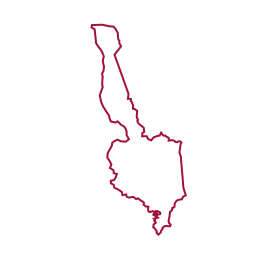 outline of Agios Theodoros Tillrias, Nicosia, Cyprus, rotated 146°
{"feature_id": "46923920B30887699565721", "entity_name": "Agios Theodoros Tillrias", "entity_type": "district", "adm_level": 2, "iso_a3": "CYP", "parent_name": "Cyprus", "parent_adm1": "Nicosia", "projection": "albers", "projection_center": [32.636, 35.157], "detail": "fine", "context": "isolated", "style": "outline", "palette": "rose", "viewbox_px": 256, "rotation_deg": 146, "n_neighbors": 0, "source": "geoboundaries", "source_scale": "gbopen_adm2", "svg_char_len": 2244}
<svg xmlns="http://www.w3.org/2000/svg" viewBox="0 0 256 256"><g transform="rotate(146 128 128)"><path d="M162.3,22.5L161.8,22.8L159.4,23.0L158.2,24.2L155.4,25.2L155.0,26.0L152.3,26.1L150.1,24.6L148.1,23.0L146.6,24.1L147.1,26.2L146.4,28.3L142.9,31.6L140.1,35.0L137.6,35.2L135.9,37.0L133.9,36.4L131.3,39.4L128.2,40.6L124.9,39.7L123.2,38.7L121.1,40.1L117.7,40.0L115.5,47.5L110.0,57.2L102.3,71.1L100.2,74.7L99.0,79.0L93.4,85.2L91.8,86.1L92.3,87.8L93.5,88.7L95.1,88.7L96.6,90.0L96.6,91.1L97.3,92.3L98.2,93.2L100.3,94.3L101.4,94.8L99.7,96.9L101.0,99.3L101.3,100.9L102.8,101.7L103.3,104.8L102.5,106.2L106.0,103.9L107.5,104.8L111.9,105.9L115.7,104.8L117.4,107.4L117.1,110.8L120.9,113.2L118.9,115.8L116.8,115.7L114.8,119.5L116.4,124.7L116.8,127.1L116.3,128.7L115.1,129.1L115.0,130.8L114.3,132.8L110.8,137.1L112.0,140.3L113.2,141.2L111.1,143.9L110.4,147.2L110.6,148.9L109.3,150.2L110.2,151.3L111.8,152.3L108.5,155.9L98.2,196.3L88.1,199.6L87.7,203.4L86.5,205.0L86.3,207.4L83.3,212.6L82.9,216.9L83.3,220.2L86.6,222.8L91.7,228.1L100.4,233.5L102.0,231.8L100.5,228.4L104.2,221.4L107.1,216.0L107.1,211.9L106.8,208.0L107.1,204.9L108.0,201.0L111.7,197.3L113.6,192.2L116.7,188.8L119.1,187.6L120.4,184.5L122.3,182.3L125.0,178.6L126.2,175.9L128.8,174.2L133.2,170.8L135.8,164.3L136.6,159.7L136.8,153.8L136.8,148.7L138.0,146.1L138.5,142.9L135.3,139.5L132.9,139.3L132.0,134.7L130.3,130.8L130.5,128.1L131.2,125.7L133.2,122.8L133.4,118.2L137.5,117.9L141.2,120.8L143.3,124.2L146.5,124.7L149.4,124.5L151.1,122.5L154.7,120.6L158.8,118.6L161.7,115.0L161.7,110.6L162.2,107.0L165.3,105.0L163.6,101.2L165.1,98.5L162.9,96.1L165.8,93.9L168.9,92.7L171.8,93.9L173.1,91.7L171.6,88.8L172.8,86.3L170.4,82.2L168.9,78.3L170.1,75.4L166.7,74.0L167.5,71.8L166.2,69.8L163.6,68.7L162.1,67.9L161.0,64.5L159.1,64.2L158.0,60.8L157.0,58.8L156.6,57.1L158.0,55.7L157.0,52.9L155.1,51.3L156.5,49.8L157.6,47.8L157.2,46.2L153.8,45.2L152.9,42.7L153.3,41.1L153.3,40.5L151.8,41.0L151.2,43.5L150.5,43.1L148.7,40.4L148.9,39.1L149.5,38.6L152.1,39.8L152.9,39.0L154.3,42.5L155.5,42.0L154.3,39.1L153.6,38.1L153.3,36.9L157.2,38.3L157.0,37.0L157.3,36.2L158.1,36.3L157.9,33.9L160.7,33.7L162.6,31.4L162.0,30.6L162.0,27.3L161.9,26.3L163.0,24.9L162.3,22.5Z" fill="none" stroke="#9f1239" stroke-width="2"/></g></svg>